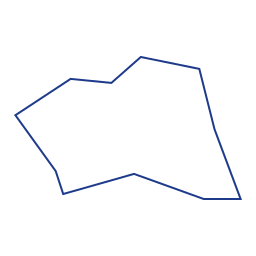 map outline of Bolton (Natural Earth projection)
{"feature_id": "GBR-5678", "entity_name": "Bolton", "entity_type": "Metropolitan Borough", "adm_level": 1, "iso_a3": "GBR", "parent_name": "United Kingdom", "parent_adm1": "", "projection": "natural_earth1", "projection_center": [-2.443, 53.589], "detail": "fine", "context": "isolated", "style": "outline", "palette": "blue", "viewbox_px": 256, "rotation_deg": 0, "n_neighbors": 0, "source": "natural_earth", "source_scale": "10m", "svg_char_len": 273}
<svg xmlns="http://www.w3.org/2000/svg" viewBox="0 0 256 256"><path d="M203.7,199.0L134.0,173.9L63.2,194.0L55.7,171.1L15.4,115.2L70.3,79.1L70.5,78.9L111.4,82.9L140.8,57.0L199.3,68.9L214.5,129.2L240.6,199.0L203.7,199.0Z" fill="none" stroke="#1e3a8a" stroke-width="2"/></svg>